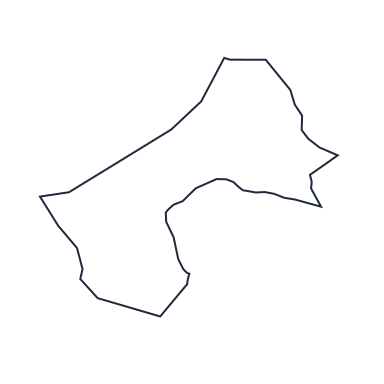 Šentilj, Albers equal-area conic projection, rotated 320°
{"feature_id": "SVN-986", "entity_name": "Šentilj", "entity_type": "Municipality", "adm_level": 1, "iso_a3": "SVN", "parent_name": "Slovenia", "parent_adm1": "", "projection": "albers", "projection_center": [15.723, 46.676], "detail": "fine", "context": "isolated", "style": "outline", "palette": "slate", "viewbox_px": 384, "rotation_deg": 320, "n_neighbors": 0, "source": "natural_earth", "source_scale": "10m", "svg_char_len": 733}
<svg xmlns="http://www.w3.org/2000/svg" viewBox="0 0 384 384"><g transform="rotate(320 192 192)"><path d="M216.3,130.8L257.3,128.5L302.9,110.0L306.1,115.0L333.5,138.1L332.9,177.0L326.9,191.2L325.4,204.3L315.8,215.1L315.3,226.0L318.3,239.9L327.2,257.6L293.4,254.7L290.1,261.3L285.5,265.8L281.4,286.2L266.0,263.9L259.0,255.8L253.7,246.1L247.7,238.8L240.7,233.5L232.0,223.2L230.9,217.5L230.1,210.9L226.5,204.4L219.2,197.9L197.4,191.6L178.9,193.0L169.7,189.9L162.8,190.1L158.7,190.9L153.1,198.2L148.8,214.9L138.4,234.4L135.7,245.5L136.2,250.7L137.4,253.0L133.1,255.8L129.0,259.5L87.6,266.9L51.5,212.7L50.5,186.8L58.6,180.7L67.9,161.0L67.8,131.9L72.6,97.8L97.6,113.1L216.3,130.8Z" fill="none" stroke="#1e293b" stroke-width="2"/></g></svg>